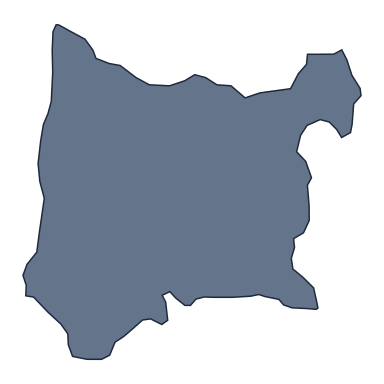 Vetlanda, Jönköping, Sweden (orthographic projection)
{"feature_id": "70781695B55162633112415", "entity_name": "Vetlanda", "entity_type": "district", "adm_level": 2, "iso_a3": "SWE", "parent_name": "Sweden", "parent_adm1": "Jönköping", "projection": "orthographic", "projection_center": [15.247, 57.391], "detail": "fine", "context": "isolated", "style": "filled", "palette": "slate", "viewbox_px": 384, "rotation_deg": 0, "n_neighbors": 0, "source": "geoboundaries", "source_scale": "gbopen_adm2", "svg_char_len": 1353}
<svg xmlns="http://www.w3.org/2000/svg" viewBox="0 0 384 384"><path d="M317.9,308.1L316.9,302.7L313.6,287.9L302.8,277.2L292.9,269.0L291.3,258.3L294.5,247.6L293.6,238.6L303.5,232.8L309.2,220.5L309.1,205.7L307.4,185.2L311.5,177.8L305.7,161.4L296.6,151.7L300.6,135.3L307.1,125.4L320.2,119.6L329.2,122.0L336.6,129.4L341.6,137.5L350.5,132.6L352.1,124.4L353.7,103.9L361.0,95.7L360.1,88.4L351.9,75.3L346.9,59.9L341.9,50.1L342.3,49.6L333.6,54.2L307.5,54.3L306.5,64.4L298.5,73.5L290.5,88.7L260.2,92.8L245.1,97.9L231.0,85.8L216.9,84.8L205.8,77.7L194.7,74.7L184.6,80.8L169.5,85.8L149.3,84.8L136.2,77.7L120.1,65.5L109.1,63.5L96.0,58.4L93.0,50.3L85.0,39.2L69.9,31.1L58.9,25.0L56.2,24.7L53.0,31.7L52.2,50.4L52.7,72.3L52.0,86.5L51.3,101.3L48.0,113.6L43.4,124.5L40.7,140.7L38.1,163.4L39.8,181.4L44.3,198.3L39.5,231.4L36.8,252.1L27.0,264.4L23.0,275.4L26.2,285.2L25.8,295.8L33.6,297.1L48.3,312.5L60.8,324.0L67.8,333.8L68.3,344.8L72.6,356.4L86.9,359.3L101.6,359.3L109.7,355.2L115.0,342.2L123.4,336.7L130.4,330.8L140.1,322.2L142.6,320.0L150.6,318.9L161.8,324.5L167.7,320.3L165.7,302.2L162.2,295.2L169.9,291.7L176.1,298.4L184.9,305.4L190.4,305.4L196.0,299.1L204.1,297.0L213.8,297.3L232.7,297.3L250.8,296.2L258.8,294.5L264.8,296.5L278.9,299.4L283.6,304.9L291.9,307.8L307.5,308.6L316.2,309.3L317.9,308.2L317.9,308.1Z" fill="#64748b" stroke="#1e293b" stroke-width="1.5"/></svg>